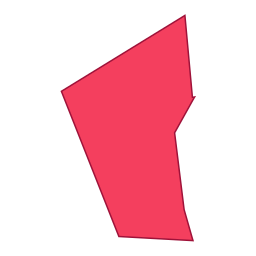 outline of 68, Al Daayen, Qatar
{"feature_id": "91078587B27040506800660", "entity_name": "68", "entity_type": "district", "adm_level": 2, "iso_a3": "QAT", "parent_name": "Qatar", "parent_adm1": "Al Daayen", "projection": "equal_earth", "projection_center": [51.494, 25.372], "detail": "fine", "context": "isolated", "style": "filled", "palette": "rose", "viewbox_px": 256, "rotation_deg": 0, "n_neighbors": 0, "source": "geoboundaries", "source_scale": "gbopen_adm2", "svg_char_len": 291}
<svg xmlns="http://www.w3.org/2000/svg" viewBox="0 0 256 256"><path d="M194.6,97.0L192.4,97.3L184.9,15.4L184.7,15.5L184.3,15.8L61.4,91.3L118.9,236.5L120.6,236.6L193.0,240.6L192.3,238.3L184.1,209.6L174.6,132.8L194.1,97.8L194.6,97.0Z" fill="#f43f5e" stroke="#9f1239" stroke-width="1.5"/></svg>